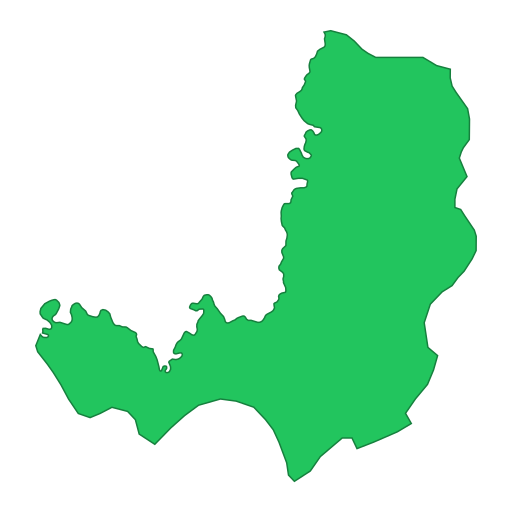 the district of Hoeryong City, Hamgyŏng-bukto, North Korea
{"feature_id": "82179303B62276356715792", "entity_name": "Hoeryong City", "entity_type": "district", "adm_level": 2, "iso_a3": "PRK", "parent_name": "North Korea", "parent_adm1": "Hamgyŏng-bukto", "projection": "natural_earth1", "projection_center": [129.627, 42.513], "detail": "fine", "context": "isolated", "style": "filled", "palette": "green", "viewbox_px": 512, "rotation_deg": 0, "n_neighbors": 0, "source": "geoboundaries", "source_scale": "gbopen_adm2", "svg_char_len": 6000}
<svg xmlns="http://www.w3.org/2000/svg" viewBox="0 0 512 512"><path d="M415.5,398.8L427.5,384.4L433.5,370.0L437.6,355.6L427.9,347.4L424.2,322.7L430.3,304.2L442.2,291.8L452.1,285.6L458.1,277.4L464.1,271.2L472.1,258.9L476.1,250.6L476.2,236.2L474.3,230.1L464.6,215.7L460.7,209.5L454.9,207.5L454.9,199.2L457.0,188.9L467.0,176.6L459.3,158.1L461.3,151.9L463.3,147.8L469.3,139.6L469.5,119.0L467.6,108.7L456.0,92.3L452.1,86.1L450.2,77.9L450.3,69.2L436.6,65.6L422.9,57.4L375.7,57.4L367.9,53.3L362.0,49.2L354.2,41.0L346.4,34.8L330.7,30.7L324.0,32.1L325.0,34.0L325.3,34.9L325.1,37.0L324.5,38.8L325.2,43.5L325.2,45.2L325.0,45.9L324.2,47.1L319.9,49.3L317.5,51.2L316.7,53.9L315.5,56.5L314.7,57.5L313.6,58.4L311.3,59.1L310.6,59.8L309.4,63.9L309.2,65.5L309.3,67.5L310.0,71.3L309.8,72.2L308.9,73.4L307.1,74.6L306.1,75.8L304.5,78.3L304.4,79.3L305.5,80.9L305.5,81.8L304.2,85.0L302.4,87.6L302.1,88.9L301.4,90.3L299.8,91.6L297.0,93.3L295.7,94.9L295.5,95.6L296.5,100.8L296.4,101.9L295.6,105.4L295.8,107.8L297.7,110.4L299.3,113.9L302.0,118.1L304.1,120.7L307.6,123.6L309.3,124.3L313.3,125.3L314.4,126.7L320.5,127.7L321.6,129.0L321.8,130.7L321.6,131.3L320.9,132.4L318.7,134.3L317.1,135.0L315.7,135.1L314.6,134.5L313.7,132.4L312.6,130.9L311.4,129.9L310.1,129.8L307.6,130.9L306.1,132.1L305.1,134.4L304.4,135.4L304.3,136.3L306.0,138.9L306.2,140.4L305.7,142.7L304.9,144.4L304.3,146.4L304.0,149.0L304.2,149.9L304.8,150.7L307.4,152.1L309.3,152.8L311.2,154.9L311.3,155.5L311.1,156.3L309.9,158.0L308.4,158.6L306.3,158.6L305.0,158.2L303.3,157.2L302.1,155.2L301.4,153.2L299.5,149.4L298.6,148.4L296.0,148.4L292.5,150.1L289.5,152.1L287.9,154.5L287.8,155.6L288.1,157.0L288.6,157.8L289.6,158.8L290.9,159.8L291.9,160.2L295.2,160.5L296.5,161.1L298.6,163.9L299.3,165.1L299.2,165.8L298.8,166.3L297.2,166.8L295.9,167.5L294.2,169.0L291.4,171.8L291.1,172.7L291.1,174.2L292.0,177.6L292.4,178.3L292.9,178.9L293.5,179.1L298.4,178.3L302.4,178.3L306.9,179.9L307.5,180.4L307.6,181.7L307.1,183.8L306.9,186.2L306.0,187.1L304.1,187.8L300.6,187.8L296.5,188.4L295.2,188.9L294.0,189.8L292.5,192.1L291.8,192.9L291.8,193.8L292.6,195.5L292.7,196.4L291.1,199.7L290.9,201.8L290.5,202.8L289.2,203.6L285.1,203.6L284.3,203.8L283.3,205.3L282.2,207.5L281.3,210.8L281.1,212.5L281.3,216.1L281.1,218.6L281.4,221.5L282.2,225.3L282.7,226.0L284.6,227.9L285.6,230.3L286.5,231.6L287.2,233.7L287.3,235.1L286.9,238.1L286.0,241.0L285.9,245.6L282.8,248.5L282.2,249.4L281.8,250.7L281.9,252.6L283.6,256.8L283.6,258.3L281.4,262.1L280.7,264.0L279.0,266.2L278.8,268.0L279.3,269.8L282.2,272.0L283.2,273.1L283.7,274.1L283.7,276.5L283.1,278.5L283.1,279.8L283.5,281.0L283.5,282.7L285.7,287.6L285.9,290.6L285.6,292.0L285.3,292.3L281.8,293.1L280.1,294.0L279.0,295.1L278.6,296.5L278.9,297.8L278.9,298.8L278.3,300.2L276.8,302.1L274.7,303.0L274.0,303.6L274.0,304.8L274.5,307.9L273.6,309.8L272.9,310.8L271.3,312.0L267.1,314.2L265.9,315.1L265.1,316.3L264.7,317.5L263.2,319.9L261.9,321.3L260.1,322.2L257.9,322.4L251.0,320.3L248.3,320.4L246.5,319.2L245.4,317.2L244.3,316.2L243.7,316.0L242.4,316.1L238.4,317.6L236.8,318.4L234.9,320.0L233.0,320.7L229.3,322.7L227.9,323.0L227.0,322.9L226.1,322.5L225.3,321.6L224.6,319.1L223.5,316.5L220.3,313.1L217.3,308.8L214.8,306.0L214.0,304.1L213.5,302.1L212.5,300.1L212.0,298.2L210.8,296.5L209.2,295.1L208.0,294.7L206.4,294.8L204.3,295.3L203.3,296.4L202.0,299.2L199.4,302.1L198.5,303.4L197.0,303.8L193.1,303.2L192.1,303.3L191.4,303.8L190.4,305.1L189.6,307.1L189.7,307.8L190.3,308.5L193.9,309.8L195.8,310.8L197.2,310.7L199.0,309.3L200.0,309.1L202.5,309.0L203.1,309.1L203.7,309.7L203.8,310.8L203.7,312.9L203.4,313.9L202.0,315.9L199.7,318.7L198.2,320.7L197.9,322.0L196.9,324.2L196.8,326.8L197.3,329.3L197.0,331.4L195.1,334.4L194.4,335.1L193.5,335.2L191.9,334.8L189.3,333.0L186.5,331.5L185.4,331.7L184.2,333.0L181.4,339.0L180.2,340.3L178.3,341.6L177.3,342.6L176.1,344.6L175.2,347.2L173.6,350.2L173.5,351.6L173.6,352.8L174.4,353.6L175.9,353.9L179.9,352.9L181.3,352.9L181.9,353.4L182.3,354.3L182.1,355.6L181.7,356.4L180.2,357.9L178.4,359.0L175.9,359.6L172.3,359.1L169.2,361.3L168.8,362.2L170.4,366.2L170.6,367.4L170.6,369.3L169.6,371.3L168.7,372.2L167.7,372.6L166.2,372.6L165.2,371.7L165.2,370.5L166.5,368.7L166.7,368.0L166.6,366.7L166.0,366.1L164.4,366.0L163.2,366.5L161.5,370.7L160.6,371.0L159.9,370.7L159.4,369.6L158.9,366.7L157.1,359.8L155.8,356.5L153.2,351.8L153.1,349.3L152.9,348.9L149.3,348.4L145.8,346.7L145.2,346.7L144.2,347.3L143.3,347.4L141.8,346.6L138.6,343.5L137.6,341.8L137.0,339.0L136.2,336.8L136.1,336.0L136.6,334.7L136.5,334.0L136.2,333.3L135.3,332.5L130.9,330.5L127.3,327.7L126.0,327.0L122.3,326.9L119.4,325.6L116.4,325.6L115.0,325.2L114.1,324.3L112.9,322.6L110.7,317.2L109.8,313.8L108.0,311.8L105.7,310.2L102.9,309.6L101.0,310.4L100.4,311.4L99.9,313.3L99.1,315.1L98.0,316.5L97.3,317.0L95.7,317.2L92.7,316.7L88.4,315.3L87.7,314.7L87.2,314.2L85.7,311.1L81.7,307.6L79.4,304.1L78.0,303.2L76.3,303.1L75.2,303.4L73.4,304.5L72.1,305.6L71.7,306.9L70.7,309.1L70.4,312.3L71.5,314.7L72.1,317.3L72.2,318.2L72.1,320.2L71.5,321.6L70.8,322.5L68.7,324.3L67.9,324.6L66.5,324.4L59.9,322.3L56.8,322.7L55.4,322.6L53.6,321.6L52.3,320.1L52.0,318.5L52.7,316.7L53.6,315.8L55.4,314.6L56.2,313.6L58.7,308.9L59.8,305.6L59.6,304.4L58.9,302.5L56.6,300.2L55.5,299.6L54.4,299.6L51.7,300.3L49.4,301.2L44.8,303.7L40.9,308.4L40.1,311.6L40.2,313.9L42.9,317.9L44.0,318.6L47.1,320.0L49.9,322.4L50.9,323.9L51.7,325.5L51.7,327.4L51.2,328.7L49.9,329.3L48.6,329.2L45.7,328.3L43.1,328.4L42.7,329.4L42.9,331.4L42.5,333.0L47.8,334.5L48.4,335.1L48.4,336.3L48.0,336.9L46.8,337.5L43.5,337.4L42.1,336.6L40.3,334.5L35.8,345.7L37.7,351.8L47.4,364.2L53.2,372.4L60.9,384.7L68.6,399.1L78.3,413.5L90.1,417.6L100.0,413.5L111.9,407.3L127.6,411.4L135.4,419.7L139.2,434.1L154.8,444.3L170.8,427.9L184.7,415.5L198.6,405.2L220.4,399.0L236.1,401.1L253.8,407.2L265.5,419.6L273.3,429.8L279.0,442.2L286.7,462.8L288.5,475.1L294.4,481.3L310.3,471.0L320.3,456.6L342.2,438.0L352.0,438.0L357.0,448.6L373.7,442.1L397.4,431.8L411.3,423.5L405.5,413.3L415.5,398.8Z" fill="#22c55e" stroke="#15803d" stroke-width="1.5"/></svg>